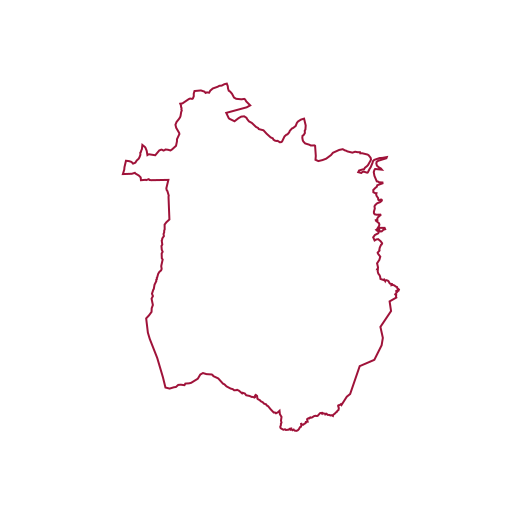 the district of Afigya Kwabre South, Ashanti, Ghana, rotated 129°
{"feature_id": "2480657B27047738560833", "entity_name": "Afigya Kwabre South", "entity_type": "district", "adm_level": 2, "iso_a3": "GHA", "parent_name": "Ghana", "parent_adm1": "Ashanti", "projection": "albers", "projection_center": [-1.625, 6.839], "detail": "fine", "context": "isolated", "style": "outline", "palette": "rose", "viewbox_px": 512, "rotation_deg": 129, "n_neighbors": 0, "source": "geoboundaries", "source_scale": "gbopen_adm2", "svg_char_len": 6145}
<svg xmlns="http://www.w3.org/2000/svg" viewBox="0 0 512 512"><g transform="rotate(129 256 256)"><path d="M200.0,120.8L199.7,121.4L198.0,122.6L198.3,123.3L198.2,123.7L194.8,123.7L195.3,124.5L195.0,125.0L193.6,124.5L193.1,123.5L192.1,123.8L192.1,125.9L191.4,126.8L191.8,128.2L191.8,129.9L192.3,131.4L193.4,132.3L192.3,132.9L193.1,134.2L193.0,135.3L192.2,137.1L192.2,137.9L192.7,139.4L193.6,140.0L194.2,139.8L193.5,141.6L193.8,141.8L194.3,141.5L195.5,144.8L193.9,146.6L193.2,147.8L192.7,149.9L191.5,151.6L189.4,153.1L189.8,153.5L188.3,153.8L187.9,154.2L185.5,157.3L181.4,157.7L178.3,159.0L177.4,162.8L176.8,163.6L174.2,163.4L173.8,163.6L173.7,164.0L171.6,165.1L168.5,165.9L167.9,165.6L166.7,166.0L166.1,168.3L166.0,171.6L167.4,172.9L169.3,173.6L167.7,176.7L164.8,176.8L161.4,175.3L160.0,175.7L159.8,176.5L160.1,177.9L160.0,179.0L158.5,178.4L158.0,176.8L158.7,175.6L158.5,174.5L157.7,173.8L155.4,173.5L153.9,172.5L153.2,173.8L157.5,179.0L155.1,179.3L153.8,180.0L153.1,181.2L153.1,185.1L152.8,185.4L152.3,184.7L151.6,184.3L151.1,185.1L149.4,185.6L145.8,185.0L145.6,185.4L148.0,188.2L148.9,190.0L148.5,191.3L147.3,192.3L144.4,193.5L142.8,195.2L141.2,195.4L138.7,195.0L136.2,193.5L134.5,193.1L133.7,193.1L133.2,193.7L133.4,194.4L134.7,195.0L135.4,195.7L135.3,196.5L134.2,197.4L133.4,200.1L132.9,200.9L132.3,201.5L131.4,201.9L132.1,202.8L132.6,204.9L130.9,206.4L127.8,206.1L126.2,205.7L124.7,206.3L119.9,203.4L119.3,204.0L121.3,206.8L121.4,208.1L122.0,209.1L119.2,214.4L116.7,217.3L114.7,218.1L113.4,218.2L109.7,212.5L109.4,214.0L109.8,216.5L109.7,218.9L108.4,220.7L106.9,221.5L105.0,220.9L98.0,216.2L96.8,216.6L100.3,219.6L102.1,221.6L106.9,224.6L108.7,224.8L110.2,224.1L115.0,222.7L116.5,222.6L120.7,221.7L121.3,222.0L122.6,225.3L123.8,226.2L125.2,226.4L126.5,229.3L124.7,229.7L121.6,227.6L120.6,226.6L118.9,226.9L116.4,226.3L114.8,226.2L109.8,227.0L108.6,227.4L107.5,228.8L106.8,232.0L107.0,233.2L109.3,238.1L110.6,239.6L109.9,240.5L111.3,242.2L112.6,244.6L115.0,246.1L117.2,250.8L117.5,252.4L118.0,253.4L118.4,255.8L121.2,258.1L127.4,261.2L130.3,261.2L136.2,262.7L139.6,264.7L143.0,267.3L143.8,270.3L140.6,272.5L133.2,279.4L133.2,280.1L135.6,282.9L136.0,284.7L137.6,288.7L137.2,291.3L136.7,292.4L135.0,294.4L133.3,295.5L131.9,295.1L129.7,295.4L127.9,297.0L126.6,297.2L123.3,299.5L119.0,305.1L121.7,306.9L125.0,308.0L126.8,308.0L130.0,307.0L133.1,307.7L134.2,308.3L137.4,308.5L139.1,308.0L141.7,308.1L142.6,308.7L145.1,309.1L150.6,307.8L151.5,308.0L152.6,309.0L152.9,311.7L153.6,312.3L154.4,313.8L154.6,315.6L154.0,317.0L154.6,319.3L154.3,324.7L153.6,329.3L155.6,333.7L155.2,335.0L155.7,337.2L155.2,343.0L155.8,346.2L155.2,348.9L154.6,350.4L154.9,353.1L157.0,355.2L159.8,356.3L164.8,357.5L166.1,363.1L166.0,364.0L163.5,369.2L146.3,356.8L142.6,355.3L142.0,360.9L141.2,363.0L141.3,364.0L143.3,365.8L146.3,370.3L146.7,372.8L145.0,376.8L144.5,379.7L144.7,381.2L143.3,383.3L141.8,384.8L140.4,387.2L142.4,388.7L145.2,389.9L146.8,391.6L148.6,392.3L153.0,395.0L156.3,395.6L158.6,395.2L159.7,397.1L161.0,397.8L160.7,399.5L162.0,403.0L166.5,407.6L169.1,406.5L171.0,404.9L173.3,404.2L174.1,404.5L175.1,406.3L176.4,407.0L183.7,409.2L185.3,410.7L186.4,408.8L187.3,408.1L187.9,406.9L189.0,406.3L189.6,405.3L191.3,404.7L194.6,402.8L196.0,402.3L198.3,402.1L201.8,402.1L204.7,401.2L206.6,398.7L208.7,393.2L209.4,392.3L215.0,390.9L216.6,389.6L220.7,387.5L226.0,388.3L227.8,388.9L228.8,391.2L230.2,393.4L231.2,393.6L232.3,394.3L232.5,395.6L232.9,396.5L234.8,397.6L241.1,397.7L244.3,403.2L244.7,403.5L245.9,403.9L243.0,407.2L241.4,410.1L241.2,411.0L241.2,414.2L244.8,411.9L246.4,411.5L247.5,410.9L248.4,411.0L250.2,409.5L252.6,408.7L254.2,408.4L256.9,408.8L259.4,408.5L261.6,409.7L261.3,411.4L261.4,412.4L262.2,414.4L263.8,417.0L269.8,414.1L271.7,412.8L276.1,411.0L270.2,404.2L267.6,402.5L267.8,401.7L267.2,397.7L267.5,395.1L269.5,393.1L266.4,389.9L266.1,389.1L263.8,387.7L263.9,386.5L262.9,385.0L252.0,372.0L259.8,368.3L261.0,366.9L261.3,365.7L264.0,361.8L265.0,361.3L282.1,346.3L286.2,346.9L289.1,346.8L292.7,343.8L294.1,343.3L295.5,342.2L297.1,341.7L298.5,340.1L301.3,339.9L302.6,339.1L303.3,339.0L306.1,336.0L307.7,335.8L310.4,333.2L311.5,331.2L313.4,330.9L317.0,327.8L317.5,326.3L323.5,323.3L325.4,321.2L326.9,320.7L329.2,321.1L331.4,320.8L334.9,319.3L335.5,319.3L336.3,318.5L337.4,318.5L338.2,317.7L342.2,316.8L345.9,314.7L346.9,314.6L350.8,313.1L352.0,310.9L354.9,310.3L359.0,305.3L362.2,304.2L365.2,302.0L369.5,301.8L373.6,302.1L383.6,291.8L387.3,286.4L397.4,268.6L408.9,251.9L415.2,243.6L413.4,239.7L409.7,237.2L408.2,235.8L405.1,235.3L403.3,233.4L401.4,230.3L399.6,230.6L397.1,227.9L395.4,226.6L388.0,224.0L383.2,224.7L380.4,223.6L379.0,220.2L375.9,215.8L375.9,214.2L376.2,213.6L374.9,208.3L376.0,201.2L375.6,199.8L375.9,196.9L375.0,192.3L374.1,190.3L374.1,188.5L372.7,186.9L371.9,186.5L371.4,184.4L371.5,180.3L370.7,180.3L369.9,178.1L370.4,176.0L368.8,172.9L368.2,170.6L367.4,169.6L367.0,168.1L366.3,167.9L365.0,168.9L364.1,168.8L364.1,167.1L366.0,165.1L366.0,163.9L365.6,162.3L365.9,161.0L365.4,158.7L365.7,156.9L364.9,154.7L365.4,153.6L365.1,152.1L365.9,148.3L366.5,143.7L365.7,142.9L365.7,141.5L363.6,140.6L361.5,140.3L363.9,137.9L365.0,134.9L368.2,133.0L369.5,131.3L370.7,131.1L371.6,130.3L373.6,129.6L374.3,128.4L373.8,125.4L372.4,124.4L372.4,123.3L370.3,121.2L369.2,121.2L368.5,120.6L369.1,120.5L369.2,119.7L368.3,119.4L368.4,118.1L367.7,118.0L367.2,117.6L367.4,117.2L367.3,115.9L366.3,114.4L365.0,113.8L363.4,113.7L361.4,114.1L360.3,113.6L359.1,114.2L358.1,115.3L357.8,115.1L358.3,114.1L357.4,113.1L356.2,112.9L354.8,112.3L353.7,112.8L353.2,112.1L352.3,112.2L352.1,111.8L350.7,113.6L349.1,113.2L348.9,112.5L347.3,112.3L347.3,111.7L346.3,110.9L343.9,110.1L342.7,109.2L342.5,108.6L341.5,107.5L337.8,107.3L336.9,106.6L337.0,105.4L336.1,105.5L335.9,104.4L335.0,102.9L335.4,102.4L334.2,101.9L334.4,100.4L333.2,98.7L333.2,97.9L332.2,97.1L331.9,95.6L331.0,96.1L328.6,95.5L327.3,95.5L326.4,95.1L325.3,95.3L323.7,95.0L322.1,95.9L320.8,97.9L320.1,98.0L319.3,97.2L317.7,96.8L318.0,95.8L308.2,96.9L304.0,96.0L276.3,106.1L262.2,98.7L246.3,102.2L239.8,105.9L232.8,114.7L213.8,116.4L207.2,123.6L200.0,120.8Z" fill="none" stroke="#9f1239" stroke-width="2"/></g></svg>